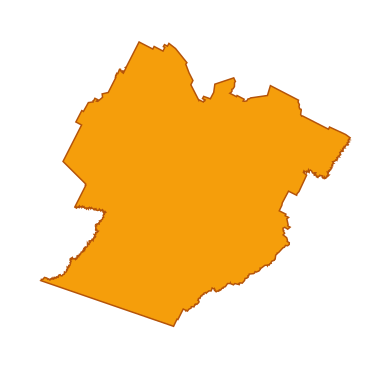 outline of Walgett, New South Wales, Australia, rotated 199°
{"feature_id": "25037944B85732743205299", "entity_name": "Walgett", "entity_type": "district", "adm_level": 2, "iso_a3": "AUS", "parent_name": "Australia", "parent_adm1": "New South Wales", "projection": "natural_earth1", "projection_center": [148.338, -29.79], "detail": "fine", "context": "isolated", "style": "filled", "palette": "amber", "viewbox_px": 384, "rotation_deg": 199, "n_neighbors": 0, "source": "geoboundaries", "source_scale": "gbopen_adm2", "svg_char_len": 5908}
<svg xmlns="http://www.w3.org/2000/svg" viewBox="0 0 384 384"><g transform="rotate(199 192 192)"><path d="M59.4,294.5L65.5,296.4L83.1,298.2L83.4,295.8L112.3,299.9L112.9,299.4L114.5,300.6L115.4,305.1L115.8,305.7L117.3,305.7L118.6,307.6L118.9,309.6L121.0,311.6L121.2,313.5L152.5,318.1L152.1,307.8L167.3,300.0L168.1,298.8L169.3,298.3L169.9,295.9L172.2,294.7L173.3,294.6L172.9,296.7L180.8,297.9L181.0,296.6L188.4,297.7L187.4,299.0L187.0,300.5L187.8,302.0L186.8,302.9L186.2,305.5L187.4,309.4L186.9,310.6L189.7,313.5L205.5,301.4L203.9,293.3L205.0,286.1L212.1,286.2L212.5,283.7L209.5,283.3L209.7,282.2L210.3,282.3L210.6,280.8L215.2,281.4L215.3,280.8L228.0,293.0L227.4,297.7L233.6,303.7L239.5,310.8L238.9,312.6L254.3,322.3L262.2,325.0L262.7,321.9L266.0,322.4L266.4,320.1L264.8,319.8L265.3,315.8L275.2,317.3L275.6,314.4L290.9,316.6L294.8,289.0L295.5,288.1L294.8,288.0L295.6,282.0L297.0,282.5L296.2,283.4L296.7,283.5L296.5,284.0L298.9,283.3L299.5,284.7L299.9,284.7L299.8,284.0L300.5,284.1L300.7,279.8L301.7,279.9L302.0,277.6L301.6,277.7L301.9,275.6L301.3,275.4L303.6,258.8L308.9,255.5L307.4,252.4L310.6,247.0L311.8,246.8L311.1,248.6L314.3,249.0L314.7,246.4L315.2,246.1L314.8,245.0L319.1,242.8L320.9,232.8L322.7,233.1L324.6,220.4L318.2,219.4L323.9,178.9L295.0,164.9L295.2,163.8L294.6,163.6L298.0,139.0L297.6,139.6L296.5,139.3L296.6,140.2L295.8,139.5L295.5,140.3L294.2,140.5L294.4,141.1L293.5,140.8L293.7,142.1L292.7,141.5L291.2,142.7L291.0,141.7L290.3,142.7L289.7,142.3L289.3,142.9L288.1,141.8L287.0,142.5L286.2,141.5L285.3,142.9L284.7,142.5L284.9,143.0L284.0,144.1L283.2,143.4L282.4,144.3L282.1,143.4L281.6,144.2L280.4,144.1L278.8,143.3L278.4,144.4L277.7,143.8L277.3,144.8L276.3,143.8L275.2,143.8L274.0,144.6L274.0,145.6L272.5,144.6L272.5,145.1L271.8,145.0L271.1,145.9L270.7,145.2L270.5,145.8L269.3,144.7L268.7,145.0L269.0,144.0L268.1,144.2L267.6,145.1L266.9,144.8L268.1,143.1L267.7,142.4L268.3,142.4L268.3,140.7L267.3,139.3L268.1,138.5L267.8,137.1L269.1,135.4L268.7,135.0L269.8,134.6L269.1,134.0L270.0,133.0L269.4,131.7L270.2,131.8L270.6,130.7L271.3,131.0L272.4,129.9L271.3,128.9L272.2,128.4L271.2,126.8L270.8,124.7L270.2,124.3L269.8,125.3L268.9,124.2L267.9,124.4L268.5,122.8L269.8,122.2L269.2,120.5L270.7,120.0L268.6,118.3L269.0,117.4L269.6,118.0L270.0,117.4L269.7,113.9L271.0,114.8L271.3,113.2L272.1,112.8L271.9,111.8L272.9,112.5L273.3,112.2L272.2,109.0L273.2,108.7L274.1,109.5L273.1,106.5L274.1,105.2L274.8,105.3L274.6,103.5L275.5,104.2L275.9,103.2L274.8,101.6L275.4,101.5L275.3,100.8L276.0,101.1L276.0,99.6L277.1,99.2L277.2,97.0L278.1,96.5L277.7,95.6L278.9,94.9L278.3,94.2L279.6,94.1L279.0,93.1L279.5,92.9L279.0,92.4L279.3,91.4L279.7,91.6L280.1,90.4L280.8,91.2L281.7,90.2L283.0,90.5L283.5,89.7L283.9,91.0L284.9,89.8L284.4,89.0L285.3,89.0L285.1,87.8L283.8,87.0L284.3,85.6L283.7,85.4L283.6,82.8L284.6,82.4L284.2,81.5L284.6,81.1L284.0,81.0L284.7,79.3L285.2,79.6L284.6,78.4L285.1,78.0L284.6,77.5L285.1,77.0L284.8,75.8L285.6,74.6L286.5,74.8L286.0,72.8L287.1,71.9L287.6,70.4L288.6,70.1L289.8,70.9L290.9,69.9L290.7,68.4L291.2,68.4L291.1,67.7L292.3,67.7L292.3,66.7L293.0,66.8L293.4,66.0L293.7,66.6L294.6,66.4L294.8,64.5L295.6,64.4L296.3,65.2L296.8,63.8L297.6,63.7L297.7,62.5L298.5,62.7L298.6,63.5L298.7,62.8L299.5,63.1L300.0,62.5L301.2,63.4L303.7,63.2L304.5,61.0L306.0,60.3L305.6,59.6L306.0,59.0L165.7,59.0L164.8,66.9L163.8,66.8L162.2,78.5L159.9,78.2L159.0,77.5L158.5,78.4L157.5,78.0L156.8,80.2L155.1,81.9L155.3,83.4L152.7,84.1L152.7,86.5L152.0,86.5L151.8,87.5L150.8,87.4L149.6,89.8L149.8,91.0L151.3,91.6L150.8,92.7L151.2,93.3L150.4,94.3L149.8,94.2L149.8,96.6L148.9,96.9L148.9,97.9L147.7,99.1L148.1,99.2L147.7,100.3L146.6,101.1L145.8,101.0L146.0,101.5L145.3,101.6L143.8,104.0L141.7,104.7L141.7,107.8L140.0,107.4L139.5,108.1L138.3,106.9L138.6,106.3L136.7,105.5L136.1,106.5L134.9,106.7L134.7,107.7L133.9,107.7L133.9,108.6L133.0,108.6L132.3,110.7L131.2,111.3L131.4,112.0L129.6,113.4L128.6,117.0L126.1,117.9L126.1,118.4L125.7,117.9L122.6,117.7L121.7,119.4L117.4,119.8L117.7,120.4L117.2,120.3L117.1,121.7L114.8,122.2L113.5,125.4L113.7,127.6L112.4,128.1L111.2,129.6L111.9,130.8L111.1,131.2L111.2,133.0L107.2,134.9L106.5,135.8L106.4,137.3L105.2,137.2L103.0,139.1L102.2,141.2L102.8,142.1L101.8,142.5L99.2,146.4L96.9,147.4L96.6,146.9L96.3,148.0L95.3,148.0L95.1,149.4L93.9,150.4L94.4,151.0L94.0,152.6L91.9,154.3L92.1,155.1L91.5,155.6L92.3,159.5L91.3,161.5L91.6,161.9L90.5,162.8L87.8,168.9L86.6,169.9L86.2,171.9L84.1,172.3L83.0,174.0L83.5,175.7L85.9,176.3L86.1,177.6L87.6,179.6L91.9,181.1L91.0,183.2L92.9,184.7L92.7,185.4L93.4,185.6L94.2,187.4L92.8,188.8L89.4,188.0L87.8,190.7L90.5,191.2L90.5,192.4L93.6,197.5L92.4,199.4L96.2,199.9L96.0,201.6L103.4,202.6L102.7,208.6L103.1,211.1L101.0,224.2L92.0,223.0L92.1,224.6L91.0,227.2L89.1,245.2L93.1,246.8L93.0,248.4L91.8,247.7L90.7,248.7L90.0,247.8L89.9,249.1L88.7,248.8L89.0,250.7L87.8,249.5L88.0,250.4L87.3,251.3L85.7,250.8L84.2,249.2L83.0,249.6L82.5,248.8L82.4,250.1L81.2,250.5L81.4,247.9L80.3,248.4L79.5,247.3L78.2,247.8L78.8,246.9L77.7,246.7L77.5,247.8L76.4,248.8L76.6,249.4L73.8,249.7L73.8,248.5L72.5,247.7L71.9,249.3L71.0,247.9L70.2,248.5L71.1,249.3L70.0,248.8L69.6,250.1L68.9,250.0L69.6,250.4L69.3,251.7L68.7,251.1L68.0,252.6L69.1,252.3L68.9,252.7L70.3,254.7L69.4,254.5L69.7,256.3L69.0,256.3L69.2,257.3L68.6,257.4L68.7,258.0L68.1,258.3L68.0,259.6L68.6,260.0L67.6,260.5L68.4,262.7L67.7,262.8L68.3,263.9L67.3,265.2L68.1,265.2L68.2,266.1L68.8,266.4L66.9,267.8L66.6,269.2L65.3,269.0L65.6,270.6L64.7,270.4L66.2,271.7L65.2,272.6L65.3,273.3L64.4,273.3L65.0,273.8L63.7,275.5L64.3,275.6L64.3,276.8L65.1,277.3L64.6,278.4L62.8,279.6L63.7,280.0L62.6,280.2L63.2,280.9L62.7,281.6L63.1,281.3L63.5,282.0L63.0,282.0L63.0,283.0L62.3,283.3L63.1,283.5L62.9,284.6L62.0,284.5L61.9,285.2L62.5,285.6L61.8,285.5L61.5,287.0L60.2,287.1L60.6,287.6L59.9,288.0L61.2,289.0L59.7,290.5L60.7,290.7L61.2,291.8L60.0,292.6L60.9,292.7L60.3,294.7L59.4,294.5Z" fill="#f59e0b" stroke="#b45309" stroke-width="1.5"/></g></svg>